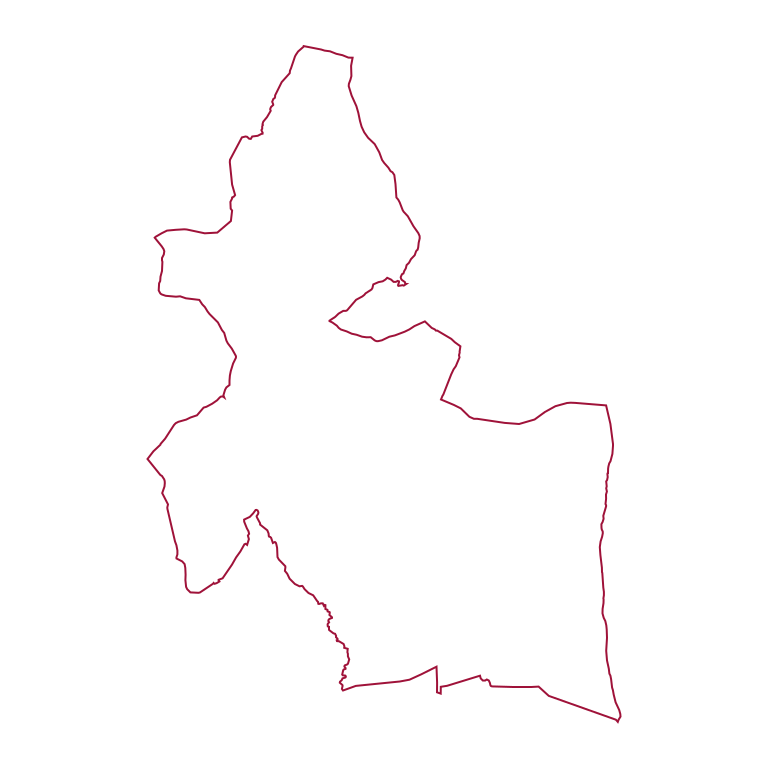 Carta, Sibiu, Romania (orthographic projection)
{"feature_id": "2599482B3340713178637", "entity_name": "Carta", "entity_type": "district", "adm_level": 2, "iso_a3": "ROU", "parent_name": "Romania", "parent_adm1": "Sibiu", "projection": "orthographic", "projection_center": [24.558, 45.797], "detail": "fine", "context": "isolated", "style": "outline", "palette": "rose", "viewbox_px": 768, "rotation_deg": 0, "n_neighbors": 0, "source": "geoboundaries", "source_scale": "gbopen_adm2", "svg_char_len": 6100}
<svg xmlns="http://www.w3.org/2000/svg" viewBox="0 0 768 768"><path d="M620.5,716.6L620.3,714.0L619.2,710.0L615.6,702.3L613.7,694.6L612.9,690.1L612.1,687.6L611.1,679.2L610.4,675.6L609.4,673.7L608.8,668.7L607.0,660.4L606.2,650.8L607.0,637.8L606.7,629.4L606.3,625.4L605.3,621.0L603.7,617.8L602.5,613.4L602.6,608.9L603.5,603.1L603.6,599.5L603.4,598.4L603.9,595.3L603.9,591.8L603.3,587.6L602.3,572.9L602.0,572.2L601.9,567.7L600.4,555.1L599.8,547.1L600.6,541.4L602.1,536.8L602.8,533.2L602.7,531.4L601.8,529.6L601.5,528.0L601.4,524.2L602.6,522.0L603.6,518.8L603.3,515.8L606.1,506.3L606.1,505.2L605.5,504.0L606.1,498.8L606.0,494.5L606.9,491.5L606.2,488.3L606.7,486.3L606.2,481.4L607.1,480.0L607.7,477.1L607.4,473.9L607.6,473.3L608.0,473.2L608.1,468.7L608.4,466.6L609.2,463.4L610.5,461.2L612.4,453.9L613.0,445.8L613.0,444.0L610.4,423.9L606.1,405.4L575.3,402.9L570.6,402.7L567.0,403.0L555.4,406.2L544.9,412.0L534.6,419.5L519.1,424.0L504.7,422.9L477.2,418.8L473.9,418.8L469.4,416.8L460.8,408.4L453.8,404.9L441.0,399.5L442.5,395.8L443.3,394.6L451.2,374.4L453.6,369.3L455.8,366.2L459.5,357.4L459.0,355.2L459.7,352.6L459.6,351.6L460.4,346.3L454.8,342.2L451.3,338.9L437.3,330.6L435.9,330.6L434.8,329.4L431.7,327.9L424.9,321.4L414.4,326.1L409.4,329.4L404.7,331.7L394.9,335.4L389.4,336.7L381.9,340.3L377.9,341.2L376.3,341.1L374.7,340.4L370.7,337.2L366.6,337.3L362.1,336.7L356.7,334.8L351.7,333.7L346.7,331.4L340.9,329.5L338.7,327.9L336.9,325.7L332.4,322.5L329.5,321.1L329.5,320.6L335.2,316.9L338.6,313.6L343.2,310.9L345.8,310.9L347.1,310.3L356.1,299.8L362.4,296.4L364.4,294.8L365.5,293.4L371.5,289.5L372.4,288.1L373.3,284.4L378.6,282.1L382.7,281.3L385.4,279.6L387.2,277.8L391.1,279.6L393.6,281.9L395.8,281.9L397.7,280.9L399.0,281.4L399.0,282.2L398.0,285.2L398.4,285.9L402.6,285.2L403.8,285.6L406.4,283.9L405.5,283.8L405.1,283.3L404.9,282.1L401.8,279.9L401.1,278.8L400.7,277.3L400.9,276.6L402.0,274.2L403.4,273.5L404.3,270.9L405.8,268.4L406.6,265.1L409.0,262.8L411.0,259.1L414.7,255.2L416.0,251.5L416.6,250.5L417.6,249.7L418.2,247.4L418.7,242.7L419.7,238.3L419.6,236.0L418.3,233.1L413.5,226.3L407.8,216.2L403.7,211.8L402.7,210.2L399.7,202.4L398.2,199.6L396.4,197.5L395.5,184.1L394.3,175.0L392.4,172.2L390.6,171.2L388.4,167.7L384.3,163.1L382.1,160.0L379.3,152.4L374.7,144.1L368.1,137.8L364.2,132.3L361.6,126.7L360.0,121.0L358.3,112.8L356.4,106.2L351.6,95.5L348.7,86.1L348.9,83.8L350.4,79.8L351.4,76.1L351.1,65.8L352.6,57.7L348.4,57.6L342.5,55.2L336.3,53.8L330.0,51.3L324.6,50.6L321.1,49.5L303.7,46.1L303.6,46.7L298.1,51.5L296.0,54.6L295.0,56.4L291.0,68.3L290.0,70.6L289.7,73.2L281.7,82.1L275.4,94.8L275.1,95.5L275.1,96.9L274.7,98.0L273.3,99.0L272.2,101.8L273.2,104.3L273.2,105.0L271.1,106.9L270.4,108.4L270.2,109.3L270.7,110.8L267.0,117.1L263.3,121.6L262.7,123.4L262.5,124.4L262.9,125.0L262.2,126.2L262.2,128.8L261.4,130.1L262.7,132.9L262.5,133.7L262.0,133.6L257.7,135.8L252.2,136.5L250.8,138.9L249.1,138.7L247.1,136.8L245.5,136.5L241.9,137.4L230.0,159.8L229.8,162.2L232.1,184.6L235.1,195.1L234.0,196.5L232.1,197.5L232.2,198.3L230.4,201.9L230.7,208.7L232.1,210.5L230.9,221.0L217.3,232.6L204.7,233.3L186.8,229.5L184.3,229.3L175.9,229.8L167.0,230.6L161.6,233.3L155.6,236.8L154.7,237.7L161.7,246.3L163.5,249.0L164.3,251.2L163.8,254.5L162.0,258.0L162.0,260.4L162.4,261.8L162.0,271.0L160.5,276.7L160.2,281.0L159.1,283.3L158.7,290.4L160.0,292.9L160.7,293.8L161.9,294.5L165.7,295.8L176.0,296.7L180.1,296.3L185.9,298.3L199.3,299.9L202.2,304.3L204.9,307.1L207.5,311.4L209.6,314.1L217.9,322.4L221.9,330.0L224.2,332.9L226.4,340.6L227.8,343.3L231.8,348.6L235.8,355.8L236.0,356.6L235.9,357.8L233.1,363.5L230.8,371.0L229.9,375.5L229.5,380.7L229.5,385.0L226.4,387.4L225.1,389.7L223.4,395.3L224.2,397.4L223.0,396.5L221.1,396.5L219.8,397.4L217.1,400.3L212.2,403.7L206.4,406.8L203.6,407.6L197.0,415.3L190.5,417.5L186.2,419.6L178.4,421.8L175.7,423.2L174.0,425.0L165.1,438.7L160.6,443.9L160.4,444.7L153.4,451.3L147.5,459.0L159.4,473.8L160.4,475.0L162.0,476.0L164.2,479.4L164.7,481.1L164.8,483.2L164.5,486.5L162.2,493.1L168.0,504.4L167.3,507.4L167.4,508.8L175.0,541.4L176.4,545.2L177.4,550.5L177.4,554.4L176.4,557.5L176.5,558.5L182.2,561.4L184.6,564.1L185.3,567.9L185.6,574.8L185.4,580.1L186.1,586.9L187.2,589.2L190.4,592.4L198.4,592.8L199.9,592.5L213.4,583.5L213.6,583.0L214.6,583.8L216.7,583.1L219.4,581.5L218.6,580.4L218.6,579.8L222.6,578.3L232.0,564.6L236.1,557.4L240.4,551.4L244.4,544.3L245.7,543.8L247.1,544.9L248.9,539.1L247.9,535.6L249.1,533.8L248.5,531.3L246.9,528.4L244.2,521.7L244.1,519.6L249.8,516.9L253.2,513.3L255.6,510.0L256.5,509.9L257.5,510.4L258.1,511.4L258.4,512.7L258.1,513.9L256.6,516.2L256.9,517.3L260.1,523.3L260.1,524.6L267.3,530.3L268.6,533.5L268.8,536.0L269.1,536.6L270.3,537.0L271.1,537.8L272.9,543.0L274.9,542.0L275.8,542.7L276.3,544.1L277.1,547.8L277.5,557.1L278.9,559.6L285.3,566.2L285.4,567.3L284.9,570.9L287.2,573.7L289.6,578.7L294.9,584.0L299.5,586.3L302.1,585.9L302.8,586.4L304.6,589.2L308.5,593.0L313.2,595.3L317.2,601.1L318.0,601.8L318.3,603.8L319.0,604.0L321.1,603.3L322.7,603.3L323.9,605.8L324.7,604.9L325.4,605.1L325.4,609.0L327.4,609.8L327.6,611.4L329.6,612.1L329.8,612.8L329.4,614.9L332.0,617.3L332.0,617.9L329.3,619.0L328.5,620.0L328.3,621.0L329.1,622.3L327.8,623.8L327.6,624.7L327.8,626.4L329.0,626.8L329.0,629.6L329.2,630.1L333.4,633.3L335.1,633.8L336.1,635.8L336.0,637.2L337.5,638.7L337.6,639.6L336.7,640.2L337.0,641.1L339.1,641.3L343.6,644.0L344.4,646.2L344.2,647.8L347.7,648.8L347.4,652.2L347.9,653.8L347.9,656.3L349.2,659.4L348.0,663.6L347.3,664.4L344.8,665.4L344.5,665.9L344.4,666.6L345.6,668.1L345.5,668.9L343.7,669.5L343.2,670.2L342.2,674.6L342.8,675.3L345.3,675.6L345.8,676.3L345.8,676.9L345.4,677.5L342.5,678.4L341.7,680.2L340.0,681.7L339.8,682.7L342.4,685.0L342.6,685.9L341.9,688.9L343.0,690.5L355.8,685.9L399.8,681.5L409.5,679.7L421.3,674.3L436.5,666.7L437.1,682.6L437.0,692.3L440.7,693.6L440.8,686.8L447.1,685.8L480.0,675.7L480.7,678.4L482.8,680.5L485.2,680.5L486.8,679.5L488.8,680.5L489.9,682.9L490.4,685.2L490.8,685.9L492.0,686.4L513.1,687.0L531.3,687.0L538.6,686.6L548.8,695.9L615.9,719.7L617.8,721.9L618.6,719.7L620.5,716.6Z" fill="none" stroke="#9f1239" stroke-width="2"/></svg>